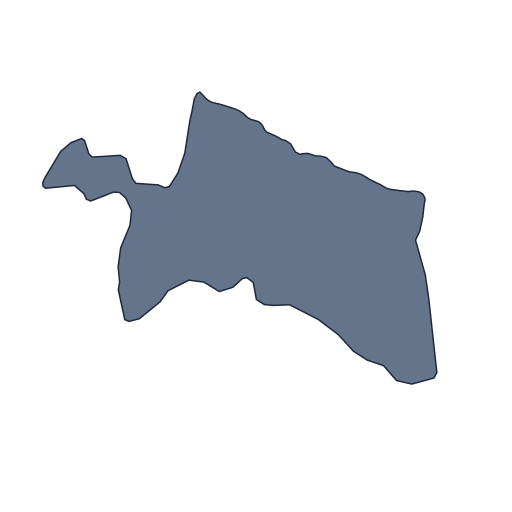 San Juan Bautista, Suchitepéquez, Guatemala, rotated 251°
{"feature_id": "79465075B53380304625786", "entity_name": "San Juan Bautista", "entity_type": "district", "adm_level": 2, "iso_a3": "GTM", "parent_name": "Guatemala", "parent_adm1": "Suchitepéquez", "projection": "mercator", "projection_center": [-91.188, 14.433], "detail": "fine", "context": "isolated", "style": "filled", "palette": "slate", "viewbox_px": 512, "rotation_deg": 251, "n_neighbors": 0, "source": "geoboundaries", "source_scale": "gbopen_adm2", "svg_char_len": 1687}
<svg xmlns="http://www.w3.org/2000/svg" viewBox="0 0 512 512"><g transform="rotate(251 256 256)"><path d="M238.6,111.2L235.5,114.6L234.7,125.3L243.9,150.4L251.8,161.5L255.0,184.7L248.3,198.2L234.3,209.8L234.0,224.0L239.0,235.5L238.6,240.2L231.9,244.8L214.7,242.2L207.4,248.0L203.5,256.6L199.0,271.8L175.6,294.3L154.7,308.3L134.3,317.1L121.4,327.2L110.8,340.9L92.5,348.3L84.2,361.6L82.7,384.5L86.8,389.0L158.7,405.3L182.9,409.9L219.1,412.0L226.2,418.9L238.4,426.3L249.8,431.7L254.0,434.1L256.2,434.6L260.5,433.7L263.5,431.1L265.2,428.1L266.5,425.0L267.3,421.2L269.1,417.2L271.6,412.0L275.3,404.8L277.5,401.5L282.7,397.1L291.0,388.7L296.2,384.5L298.9,382.1L302.3,377.5L305.3,371.4L315.5,359.4L319.9,357.7L326.2,354.5L329.5,349.4L331.1,345.1L333.7,341.7L336.2,338.3L337.4,334.1L337.8,330.7L341.5,327.1L346.9,326.0L350.7,325.3L355.6,321.5L357.5,318.5L361.4,315.2L364.1,312.5L366.8,309.6L369.2,306.9L372.0,305.3L377.2,304.6L380.1,303.6L382.3,302.0L384.8,298.5L387.0,295.3L390.4,292.6L392.9,291.5L395.2,290.1L397.3,288.6L399.4,286.7L401.2,284.8L403.3,282.1L406.3,278.1L408.3,275.5L409.9,273.1L411.6,270.8L413.3,268.0L414.7,265.8L416.2,263.7L418.2,261.9L420.4,260.4L424.6,258.4L429.3,256.3L428.7,253.0L424.5,248.7L414.2,242.9L406.0,237.8L376.5,222.2L359.9,209.2L349.8,196.6L350.3,191.9L355.1,186.6L363.8,166.1L369.3,164.3L390.3,164.8L395.4,160.3L402.8,133.4L406.9,131.2L421.0,131.5L423.9,129.5L423.4,117.9L418.5,105.4L398.5,81.6L394.5,78.1L391.4,77.4L388.6,79.0L381.8,107.3L370.9,113.6L365.0,114.1L361.8,117.5L362.8,142.1L360.6,147.5L353.5,151.7L339.6,153.2L326.0,146.8L307.8,130.7L290.6,122.1L275.8,118.6L268.8,114.8L238.6,111.2Z" fill="#64748b" stroke="#1e293b" stroke-width="1.5"/></g></svg>